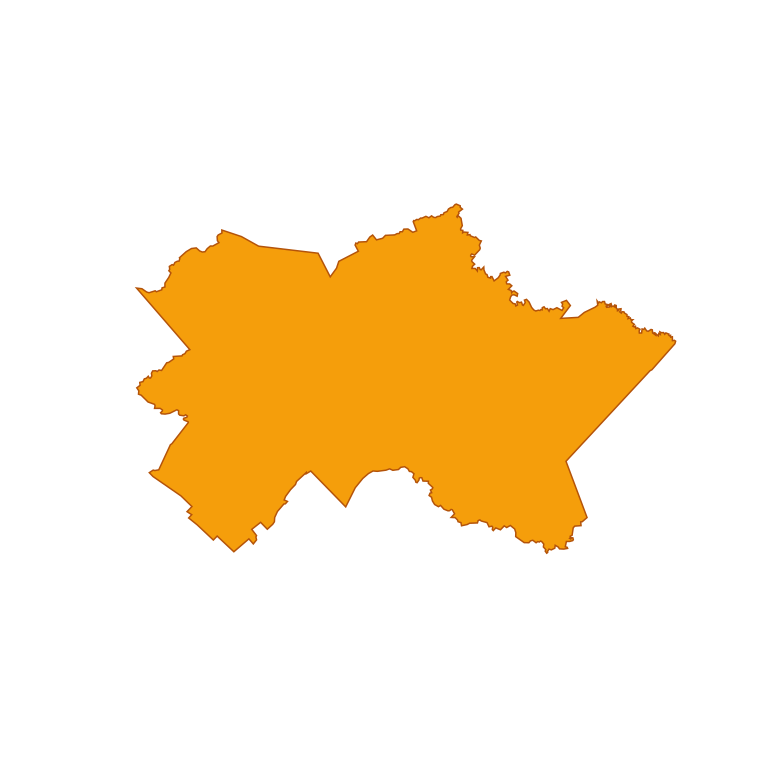 outline of Light, South Australia, Australia, rotated 223°
{"feature_id": "25037944B8971178176615", "entity_name": "Light", "entity_type": "district", "adm_level": 2, "iso_a3": "AUS", "parent_name": "Australia", "parent_adm1": "South Australia", "projection": "robinson", "projection_center": [138.756, -34.41], "detail": "fine", "context": "isolated", "style": "filled", "palette": "amber", "viewbox_px": 768, "rotation_deg": 223, "n_neighbors": 0, "source": "geoboundaries", "source_scale": "gbopen_adm2", "svg_char_len": 6159}
<svg xmlns="http://www.w3.org/2000/svg" viewBox="0 0 768 768"><g transform="rotate(223 384 384)"><path d="M198.7,611.8L199.9,614.2L201.4,614.0L202.6,612.4L205.3,615.2L206.3,613.8L207.6,615.0L208.1,613.9L209.3,614.0L209.6,614.8L212.7,613.6L212.6,611.8L214.6,612.3L216.0,610.8L217.8,610.3L215.8,608.7L217.5,608.4L216.2,606.3L219.2,606.2L218.3,605.0L219.4,604.9L220.5,606.2L221.3,605.8L220.3,604.8L222.4,604.5L224.7,606.6L225.9,606.0L226.7,602.7L228.2,602.0L231.4,602.7L231.2,601.1L232.8,600.3L230.4,597.0L232.0,595.4L233.6,596.8L234.1,598.6L236.9,597.9L237.6,596.3L239.4,597.7L239.7,596.5L241.4,596.0L241.5,598.3L245.0,598.0L246.0,599.1L245.9,600.6L247.2,599.4L248.9,600.3L250.1,598.3L250.9,600.2L252.4,599.2L253.7,600.5L256.3,599.9L257.7,600.4L259.3,599.1L258.8,597.7L260.9,597.5L261.1,599.6L262.0,600.7L263.5,598.9L262.9,597.5L263.2,596.8L264.3,597.9L266.0,598.0L267.7,599.8L269.7,598.9L268.1,598.8L267.3,597.8L269.7,597.2L270.5,595.3L271.4,595.5L271.5,596.9L272.8,597.7L274.0,594.6L272.5,595.3L271.7,593.9L273.5,591.9L274.6,592.4L274.1,593.6L275.0,594.4L276.8,593.4L279.0,594.7L280.4,593.3L280.4,591.7L282.5,590.9L282.4,589.7L284.7,590.1L281.4,587.4L282.0,584.2L286.3,573.0L287.4,565.2L299.5,552.5L301.2,568.5L307.6,569.6L309.9,564.7L307.9,564.3L306.8,562.3L304.6,562.3L304.0,559.2L309.6,557.7L311.1,553.7L313.8,552.5L312.9,549.8L316.0,550.6L317.1,549.2L319.6,549.6L320.3,547.8L318.9,546.1L320.0,545.5L320.0,544.2L321.5,543.2L322.8,540.9L324.9,540.3L328.3,540.7L333.8,542.9L337.5,543.1L338.5,541.1L336.3,540.0L335.7,536.5L336.5,536.2L339.3,537.6L340.5,535.8L342.8,535.3L342.8,534.5L340.2,532.8L340.8,531.0L342.6,532.1L344.6,530.9L349.4,531.1L350.9,534.3L351.1,536.3L349.7,538.0L346.5,539.0L347.9,541.3L352.3,540.7L353.1,539.3L352.9,537.9L354.8,539.1L357.6,538.0L357.5,543.0L360.3,542.9L362.4,541.0L363.4,541.4L364.4,542.4L364.1,544.5L368.5,545.6L366.2,549.4L369.3,551.0L370.7,550.4L370.8,548.2L372.6,547.5L374.3,544.2L373.4,542.8L372.9,539.6L373.8,534.5L378.3,536.2L379.2,535.3L378.3,534.1L380.8,532.9L383.3,534.3L384.8,533.8L388.7,535.6L390.8,537.6L390.8,533.8L391.6,533.3L393.7,534.1L394.9,532.9L392.8,530.3L396.1,530.7L398.5,528.5L399.6,530.4L399.4,533.5L403.2,533.5L404.3,534.4L404.6,538.7L407.1,536.5L408.0,536.7L408.5,537.7L408.5,539.0L405.6,540.0L405.6,547.5L406.3,549.0L409.0,550.6L410.4,555.0L412.2,554.0L417.2,554.1L417.7,552.9L421.9,551.3L423.0,551.9L424.7,549.8L426.0,552.1L429.2,549.6L429.6,548.2L431.1,550.1L432.9,548.9L433.8,549.7L434.7,553.2L440.7,557.7L444.6,557.7L444.2,555.9L444.9,556.1L445.5,559.9L446.7,560.6L445.9,565.4L448.7,565.2L449.8,566.3L453.8,564.9L454.4,563.7L454.3,560.1L455.5,558.7L456.2,556.0L455.5,553.2L456.9,550.2L456.2,548.4L457.9,546.5L457.4,545.2L459.3,542.7L459.6,541.1L461.2,539.8L463.9,539.4L464.5,536.2L467.7,535.2L469.3,531.3L470.4,530.3L470.9,527.6L472.3,526.7L472.9,524.2L473.7,523.8L473.4,522.7L464.6,518.3L466.4,514.6L472.2,513.7L475.1,510.8L474.4,507.9L476.1,506.3L475.5,504.5L477.0,502.9L477.9,500.3L484.3,493.7L484.4,489.6L487.8,484.3L493.9,485.2L494.6,481.8L493.8,476.2L499.4,470.5L499.2,468.4L500.7,467.9L499.9,465.9L493.3,463.6L500.7,442.9L497.7,436.3L496.4,425.7L521.4,434.7L569.7,399.3L588.8,394.6L607.6,386.0L605.5,383.9L606.9,379.9L606.6,378.0L603.6,375.2L601.1,374.8L603.3,368.1L605.1,366.5L605.6,362.4L605.1,358.7L606.9,356.6L609.6,355.6L614.1,355.5L617.2,351.8L618.9,345.9L619.7,336.8L618.8,336.4L617.7,334.1L618.9,332.8L619.8,330.3L619.0,327.4L620.4,326.8L621.2,323.6L618.9,321.7L618.6,320.1L615.6,319.9L614.1,315.2L613.0,308.4L610.4,305.5L611.9,303.0L610.8,301.3L613.4,296.2L614.9,296.1L618.1,290.5L620.3,289.4L626.0,288.6L630.4,285.4L549.4,276.7L550.9,273.3L550.3,270.4L551.3,268.0L550.9,266.8L556.9,260.4L554.9,258.9L556.2,253.0L557.4,251.3L555.9,242.2L558.1,240.8L558.4,238.4L559.9,238.1L562.1,235.8L561.4,233.2L559.3,231.6L558.8,229.1L559.8,228.3L561.7,228.9L561.7,226.2L562.8,224.3L561.9,221.4L563.7,218.6L561.5,216.7L562.2,212.6L558.7,211.8L556.6,209.1L554.0,210.2L544.3,209.9L538.0,212.6L536.6,212.0L535.2,209.7L531.1,213.5L528.3,213.9L527.7,213.1L527.8,210.6L526.5,210.4L523.6,212.7L520.7,216.5L517.9,223.9L516.1,224.4L513.8,222.0L512.1,221.9L508.6,224.3L508.1,226.2L505.9,226.5L505.5,225.2L507.1,222.3L506.8,221.5L505.6,221.2L501.5,222.8L500.8,222.3L498.4,195.7L498.8,193.9L490.2,167.6L492.6,164.4L494.1,163.6L495.2,159.1L489.8,158.8L456.2,163.7L440.9,163.4L441.0,156.3L435.5,157.3L435.5,152.8L424.6,153.6L402.4,153.5L402.3,159.0L379.4,158.9L377.2,178.6L370.5,177.9L370.9,183.1L373.4,184.8L373.8,186.2L381.6,187.5L379.9,198.7L370.3,198.2L369.7,205.5L370.2,208.5L372.9,211.8L375.0,218.1L375.4,227.9L374.4,229.2L374.5,232.3L377.9,231.1L379.3,234.6L380.3,242.9L380.2,250.1L381.5,253.1L380.5,266.2L379.7,265.3L378.2,270.4L328.2,268.0L334.3,288.6L335.1,300.5L334.3,307.9L332.7,312.9L329.3,315.6L323.8,322.3L322.0,325.8L318.7,326.9L315.1,331.3L314.9,334.5L312.5,337.6L308.8,338.3L305.8,337.4L304.2,338.6L300.9,338.8L299.2,335.4L295.5,335.0L293.7,333.9L292.5,334.4L292.9,337.5L294.0,339.3L293.3,340.6L292.4,341.2L289.3,339.6L285.2,343.2L283.9,341.6L277.7,341.6L277.1,340.3L277.7,338.1L275.0,337.0L275.9,335.6L275.0,333.2L272.0,333.6L268.8,331.5L264.8,330.4L260.5,331.4L259.8,333.8L254.8,333.3L250.7,334.9L249.6,336.1L249.4,338.0L248.3,338.6L243.9,337.2L243.9,332.2L240.8,334.8L237.5,334.7L235.9,333.8L233.2,335.1L230.6,333.2L227.3,338.0L226.4,340.6L220.9,346.1L222.0,348.3L221.2,350.0L219.5,350.1L214.1,352.9L209.8,351.2L208.1,353.6L206.8,353.4L205.5,351.4L204.1,351.3L204.1,355.0L199.4,356.8L199.3,362.2L196.4,362.7L195.1,366.7L189.6,367.1L186.2,365.2L183.6,362.2L173.3,363.6L169.8,366.7L169.9,369.2L168.6,371.2L164.5,371.6L164.1,373.6L162.6,374.4L162.4,375.9L161.3,376.3L158.0,375.9L156.3,373.5L152.7,373.2L152.1,371.7L149.6,371.2L149.4,372.4L150.2,373.1L150.7,375.8L148.5,376.8L147.1,380.4L148.8,382.8L145.4,383.6L143.2,383.1L139.9,385.9L137.6,389.0L138.6,389.5L140.4,388.6L143.2,393.2L140.8,395.5L139.2,398.1L139.3,399.2L140.9,400.3L141.9,399.6L141.7,398.0L143.0,397.7L142.9,398.9L144.0,399.6L143.3,401.7L147.5,407.8L147.6,410.1L143.3,414.8L146.1,417.3L145.1,418.5L144.4,424.8L198.2,451.6L198.5,575.2L197.8,577.1L198.7,611.8Z" fill="#f59e0b" stroke="#b45309" stroke-width="1.5"/></g></svg>